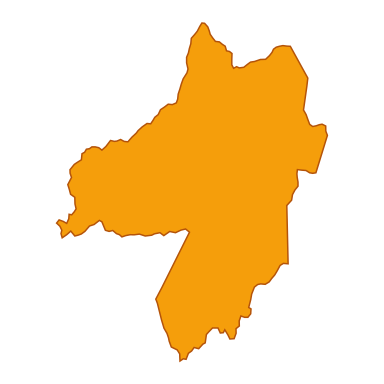 Guapó, Goiás, Brazil
{"feature_id": "56859067B33322565088724", "entity_name": "Guapó", "entity_type": "district", "adm_level": 2, "iso_a3": "BRA", "parent_name": "Brazil", "parent_adm1": "Goiás", "projection": "equal_earth", "projection_center": [-49.596, -16.918], "detail": "fine", "context": "isolated", "style": "filled", "palette": "amber", "viewbox_px": 384, "rotation_deg": 0, "n_neighbors": 0, "source": "geoboundaries", "source_scale": "gbopen_adm2", "svg_char_len": 2596}
<svg xmlns="http://www.w3.org/2000/svg" viewBox="0 0 384 384"><path d="M265.6,59.3L260.4,59.5L254.5,61.5L250.5,62.1L247.4,64.4L243.8,67.3L239.2,67.9L236.6,66.7L233.6,68.3L231.8,64.8L231.8,59.2L232.0,53.5L229.5,51.5L226.5,50.8L225.2,46.2L222.3,44.3L219.4,41.9L215.4,41.4L212.6,37.8L210.2,34.3L209.3,31.0L207.8,26.9L204.6,23.3L201.9,23.0L199.8,26.4L197.3,31.2L194.5,34.7L191.3,38.3L190.8,43.8L189.4,48.4L188.4,53.0L186.6,57.3L186.6,62.9L188.0,69.0L187.0,72.8L183.2,78.8L181.3,84.1L179.9,89.0L178.2,94.1L177.7,99.1L176.3,102.9L172.3,104.6L168.2,104.2L164.4,107.1L160.5,109.7L158.2,114.6L154.8,117.3L153.0,120.4L150.7,123.8L147.0,123.5L142.2,126.9L138.2,130.5L136.3,133.1L131.9,137.2L127.9,141.8L124.1,141.4L120.6,139.5L116.9,141.1L114.4,141.4L110.5,140.5L105.9,146.5L101.9,150.1L98.8,147.7L95.3,146.9L91.9,146.9L89.4,148.7L86.4,149.2L84.6,152.3L82.0,153.7L81.4,159.8L77.4,162.3L74.3,164.4L70.0,169.7L70.1,173.2L71.5,177.5L69.8,180.8L67.8,184.6L69.4,189.7L70.6,194.3L74.8,197.3L75.0,204.0L76.1,208.9L74.1,212.0L71.7,214.8L69.1,214.3L68.8,218.7L66.7,223.4L63.2,221.4L59.1,219.9L56.6,223.1L59.9,226.2L61.8,230.2L61.0,233.6L62.2,237.8L66.7,234.7L70.8,231.1L74.8,236.0L78.0,235.2L81.3,234.0L84.9,231.4L89.5,226.0L94.1,224.5L99.4,220.4L101.9,221.8L105.4,230.3L109.1,231.4L112.8,230.5L116.4,233.6L119.5,234.7L121.9,236.9L125.7,235.6L130.2,234.7L134.2,234.8L139.4,234.1L145.2,236.0L151.7,235.2L154.5,233.8L160.0,232.7L163.8,235.6L169.7,231.5L175.5,232.7L181.0,230.1L185.6,229.0L189.5,232.2L162.0,287.3L155.8,299.1L157.4,303.3L161.5,319.8L164.0,328.2L167.0,333.4L168.5,337.8L169.2,341.2L171.3,347.0L177.2,349.9L179.7,353.9L180.0,361.0L183.3,358.8L186.1,359.3L188.4,353.3L191.6,351.0L194.1,347.5L198.7,348.7L202.9,344.1L205.2,342.9L206.4,334.5L208.8,331.8L212.5,328.0L218.0,328.0L220.3,333.0L223.3,332.7L224.8,329.8L227.9,334.9L229.9,339.0L234.1,338.7L236.1,333.3L236.0,328.7L239.3,326.0L239.2,320.9L240.9,316.0L244.6,317.3L247.9,317.3L250.7,313.8L251.0,308.9L248.7,307.5L250.7,299.7L251.7,294.0L254.4,287.1L257.7,284.5L260.7,283.9L265.2,284.3L269.2,281.9L271.6,278.6L274.7,275.0L277.2,270.8L280.1,265.4L283.4,263.4L288.1,263.8L286.8,205.5L291.6,200.2L292.5,194.6L295.0,189.9L298.0,186.2L298.0,182.1L297.2,177.4L296.9,173.8L297.4,169.6L301.3,170.1L306.0,170.5L309.7,172.8L312.7,173.3L315.9,172.8L327.4,135.4L325.8,131.1L325.7,126.0L322.1,124.2L319.3,124.7L316.2,125.8L312.7,126.5L309.7,124.4L307.8,119.4L306.1,114.6L303.5,110.0L306.9,85.9L307.8,78.1L290.3,46.3L286.7,46.1L282.9,45.6L279.3,46.3L276.2,47.2L273.5,49.2L272.1,52.3L269.5,55.6L265.6,59.3Z" fill="#f59e0b" stroke="#b45309" stroke-width="1.5"/></svg>